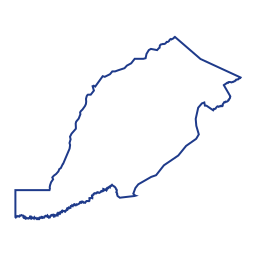 the district of Sena Madureira, Acre, Brazil
{"feature_id": "56859067B34860614425880", "entity_name": "Sena Madureira", "entity_type": "district", "adm_level": 2, "iso_a3": "BRA", "parent_name": "Brazil", "parent_adm1": "Acre", "projection": "mercator", "projection_center": [-69.608, -9.772], "detail": "fine", "context": "isolated", "style": "outline", "palette": "blue", "viewbox_px": 256, "rotation_deg": 0, "n_neighbors": 0, "source": "geoboundaries", "source_scale": "gbopen_adm2", "svg_char_len": 5700}
<svg xmlns="http://www.w3.org/2000/svg" viewBox="0 0 256 256"><path d="M53.1,214.7L53.5,214.6L53.8,214.7L53.2,215.0L53.6,215.5L53.5,215.9L53.7,216.2L54.1,216.2L54.1,216.6L54.5,216.5L54.4,215.9L55.0,215.4L55.7,215.6L56.1,215.6L56.5,215.3L56.8,215.5L57.2,215.5L56.9,214.9L57.4,214.7L57.1,214.5L57.0,214.2L57.6,213.7L57.6,213.3L58.1,213.3L58.2,212.9L58.5,213.0L59.0,214.1L59.4,213.8L59.4,213.2L59.8,213.1L60.1,213.4L60.2,213.1L60.1,212.7L60.5,212.8L60.9,212.4L61.5,212.3L61.3,211.9L61.6,211.9L61.7,212.2L62.0,212.2L61.9,211.1L62.0,210.7L62.3,210.5L62.8,210.8L63.1,211.1L63.9,210.9L64.5,211.0L64.5,211.4L65.1,211.8L65.3,211.6L65.5,210.9L65.9,210.8L66.3,210.0L66.9,210.1L67.2,210.0L67.0,208.7L67.1,208.3L67.6,208.1L68.4,208.5L68.7,207.6L69.6,208.1L69.8,207.9L70.4,207.9L70.4,207.5L70.3,207.1L70.4,206.8L70.7,206.6L70.8,206.1L71.9,206.3L72.1,206.1L72.2,205.5L72.7,205.9L72.9,205.2L73.2,205.1L73.7,205.4L74.1,205.1L73.8,204.7L74.0,204.3L74.4,204.1L74.8,204.3L75.3,205.3L75.8,205.4L76.6,204.4L77.0,204.7L77.4,204.7L78.0,204.2L79.3,203.6L80.0,202.1L80.6,201.9L80.7,202.8L81.1,202.9L81.7,202.0L82.1,201.5L82.5,201.5L82.9,201.7L83.1,202.5L83.6,202.7L84.0,202.3L84.3,202.4L84.9,202.8L85.2,202.8L85.4,202.3L85.9,201.8L86.0,201.5L86.6,201.0L87.3,201.0L88.1,201.2L88.7,201.0L89.1,201.1L89.4,200.8L89.5,199.4L89.8,198.8L89.4,198.2L89.8,198.0L90.9,198.1L91.6,197.7L92.3,198.1L92.4,197.4L92.3,197.0L92.0,196.7L91.9,195.5L92.1,195.3L92.4,195.5L92.7,195.4L93.7,194.5L93.6,193.8L93.8,193.6L94.2,193.5L94.6,193.2L94.9,193.1L95.6,193.5L96.3,193.4L96.6,193.1L96.7,192.7L97.5,192.7L97.6,192.2L97.9,192.2L98.8,192.7L99.1,192.9L99.5,192.8L100.1,192.3L100.5,192.2L100.8,192.0L101.0,191.3L101.3,191.0L102.1,190.8L102.4,191.0L102.5,191.3L102.9,191.2L103.3,190.8L103.3,188.9L103.7,189.0L103.9,189.9L104.1,190.1L104.5,189.6L104.8,189.7L105.1,190.1L105.9,189.8L106.2,190.0L106.5,190.4L106.7,190.1L106.6,189.8L106.6,189.5L106.8,189.2L107.4,188.8L107.7,188.5L107.5,188.3L106.9,188.2L107.2,187.9L108.3,188.2L108.5,188.0L108.5,187.2L108.9,187.0L109.3,186.9L109.9,187.2L109.9,186.9L109.6,186.7L109.7,186.4L110.1,186.2L110.6,185.8L111.1,186.0L111.4,185.8L111.6,185.2L112.0,184.8L112.7,185.6L113.4,185.9L114.1,186.4L114.3,186.7L114.7,186.8L114.9,187.1L115.5,187.7L116.1,189.2L116.5,189.4L116.7,189.8L116.8,190.6L116.6,191.0L116.7,191.7L116.3,192.2L116.5,192.6L117.1,193.2L117.2,193.6L117.0,194.2L117.4,195.0L117.4,195.7L117.9,196.3L118.3,196.5L119.8,197.7L134.5,196.0L135.5,195.7L135.2,195.6L133.3,193.7L135.4,188.0L138.3,184.3L151.2,176.9L156.1,175.2L163.9,165.3L178.3,155.5L186.1,145.9L196.2,138.8L198.8,134.4L196.3,125.8L195.7,118.9L198.2,107.7L201.9,103.4L204.3,102.5L204.9,105.6L206.5,105.7L213.2,110.3L213.4,110.0L213.3,109.7L213.6,109.1L213.9,108.9L214.3,108.9L214.7,109.0L215.6,108.6L216.0,107.8L217.2,106.5L217.6,106.3L218.3,106.5L218.7,106.8L219.3,106.4L220.0,106.4L220.2,106.0L220.5,105.9L220.8,105.8L221.5,106.2L222.2,106.2L222.6,105.9L222.7,105.6L222.4,105.3L222.8,104.2L223.1,103.9L223.2,103.6L223.5,103.3L224.0,102.6L224.0,102.4L224.3,102.1L225.1,102.2L225.2,101.9L225.5,101.6L226.5,101.8L226.8,101.7L227.9,101.0L228.3,100.6L228.3,100.2L228.7,100.1L229.2,99.3L229.2,98.9L229.5,98.7L230.1,97.8L230.0,96.9L230.3,96.3L223.8,85.1L224.0,84.9L225.2,84.2L225.8,83.7L226.6,83.4L226.9,82.9L227.3,82.7L227.7,82.9L228.1,82.9L228.4,82.6L228.6,82.1L229.9,82.0L231.7,82.4L232.1,82.1L232.6,81.9L233.0,82.0L233.7,81.5L234.6,81.3L235.1,80.7L235.4,80.7L235.7,80.5L236.0,79.8L236.2,79.6L237.0,79.6L237.6,79.3L237.9,79.4L238.3,79.3L239.0,78.4L240.2,78.1L240.6,77.5L200.5,59.0L174.9,36.9L174.3,37.3L174.1,37.7L173.9,37.8L173.7,38.1L173.2,38.4L172.9,38.7L172.5,38.9L171.8,39.1L171.5,39.4L170.8,39.0L170.1,39.4L169.6,39.9L169.3,40.7L168.9,41.1L168.2,41.7L167.3,42.0L166.7,41.9L165.4,43.5L163.9,44.1L163.1,43.9L161.8,44.3L161.0,44.4L160.0,45.3L159.8,45.7L159.6,47.7L158.9,48.1L157.1,50.1L150.9,48.9L148.8,50.1L146.5,53.9L145.6,58.2L143.4,58.8L134.7,58.8L131.2,63.3L126.9,65.6L124.5,68.2L118.4,70.2L115.1,71.4L112.3,71.4L110.0,74.2L104.8,76.8L102.7,76.2L95.2,86.6L93.8,85.7L92.6,86.2L93.9,90.6L90.7,94.7L87.9,94.7L87.3,95.2L86.7,96.2L86.0,98.8L86.2,101.7L85.9,104.0L85.0,106.0L82.5,109.5L80.9,111.1L80.2,112.2L80.1,112.5L80.4,114.2L78.7,118.6L76.2,121.6L75.7,123.4L75.9,128.1L75.8,128.8L71.6,133.6L70.0,136.7L70.6,139.3L69.5,143.0L70.1,145.0L69.6,148.6L63.1,163.9L62.8,164.0L60.8,168.1L59.3,169.1L58.4,171.4L56.1,174.0L53.8,175.7L52.3,177.4L53.1,179.3L51.1,182.2L50.1,185.1L49.7,187.2L49.9,188.6L49.5,190.1L15.4,190.1L15.4,217.1L15.7,217.4L16.0,216.8L16.7,216.8L17.2,216.1L17.6,216.3L18.2,216.1L18.7,216.4L19.1,216.3L19.3,216.6L19.6,216.4L20.1,215.5L20.4,215.7L20.9,215.6L21.5,215.1L22.2,215.5L23.0,215.5L23.4,215.7L23.6,216.1L24.4,216.4L24.2,216.7L23.5,216.7L23.4,217.4L24.0,218.0L25.2,218.1L25.5,218.4L25.6,218.7L26.6,218.4L26.5,217.8L27.2,218.2L27.6,218.2L28.2,218.6L28.5,218.5L28.4,218.1L29.0,218.0L29.4,217.7L29.9,218.0L29.8,217.6L30.0,216.9L30.0,216.5L30.4,216.4L30.8,216.5L30.6,217.5L30.8,217.7L31.3,217.6L31.6,217.3L31.9,217.5L31.9,218.4L32.5,218.1L32.8,217.7L33.9,218.6L34.0,218.3L33.8,217.9L34.2,217.4L34.3,217.7L34.5,217.8L35.5,217.8L35.5,218.1L35.8,218.4L36.3,218.6L36.6,218.9L37.2,218.3L37.6,218.2L37.8,218.5L37.9,219.1L39.2,219.1L39.3,218.8L39.4,217.6L39.9,217.4L40.7,217.5L41.0,217.9L41.5,217.8L41.3,217.3L41.5,216.8L42.2,216.9L42.4,217.2L42.6,217.9L42.9,217.8L43.2,217.5L43.9,217.7L44.2,217.6L44.4,216.5L44.7,216.3L45.4,216.3L45.6,215.9L46.3,216.2L47.2,215.5L47.3,215.9L47.2,216.7L47.5,216.9L47.8,217.0L47.9,215.9L48.2,216.2L48.6,217.4L48.8,217.6L49.3,217.1L49.5,217.5L49.9,217.4L50.1,216.2L50.4,215.9L52.0,215.6L52.3,215.4L51.9,215.2L51.7,214.9L52.0,214.8L52.9,214.9L53.1,214.7Z" fill="none" stroke="#1e3a8a" stroke-width="2"/></svg>